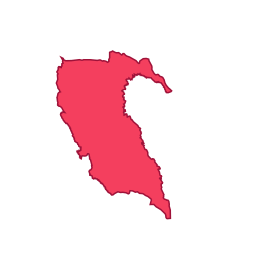 Wang Sam Mo, Udon Thani, Thailand, rotated 321°
{"feature_id": "78962969B45411926077812", "entity_name": "Wang Sam Mo", "entity_type": "district", "adm_level": 2, "iso_a3": "THA", "parent_name": "Thailand", "parent_adm1": "Udon Thani", "projection": "equal_earth", "projection_center": [103.422, 17.016], "detail": "fine", "context": "isolated", "style": "filled", "palette": "rose", "viewbox_px": 256, "rotation_deg": 321, "n_neighbors": 0, "source": "geoboundaries", "source_scale": "gbopen_adm2", "svg_char_len": 5763}
<svg xmlns="http://www.w3.org/2000/svg" viewBox="0 0 256 256"><g transform="rotate(321 128 128)"><path d="M87.7,66.2L88.1,67.7L88.8,68.3L89.2,69.8L89.2,71.1L88.6,74.0L88.6,76.1L87.2,74.4L86.4,74.2L85.7,74.8L85.1,74.2L84.0,75.1L83.5,76.5L83.6,77.3L83.0,78.5L83.0,80.3L82.6,81.3L82.7,82.6L82.5,83.2L82.8,84.5L82.6,85.3L83.3,85.8L83.3,86.4L83.6,86.4L83.5,88.1L83.2,88.5L83.5,89.1L83.1,90.1L83.4,90.8L82.7,91.5L83.1,92.1L82.4,92.9L82.2,93.7L82.2,94.7L81.9,94.7L81.7,96.1L81.3,96.5L81.3,98.3L79.9,99.1L80.1,100.8L79.9,100.8L79.6,101.8L79.8,102.3L79.0,103.0L78.8,104.3L78.3,104.9L79.0,107.2L79.4,107.7L78.7,109.1L79.0,109.8L78.3,111.2L78.5,112.2L78.9,112.3L78.8,113.7L79.0,113.7L78.2,114.6L77.7,114.4L77.7,115.1L77.3,115.6L76.0,115.4L76.0,115.0L75.7,114.6L75.3,115.2L74.9,115.3L74.3,114.8L74.2,114.3L73.9,114.6L73.6,114.2L73.3,115.0L73.5,115.1L73.3,115.6L73.5,115.8L73.6,116.7L73.2,116.7L73.0,117.2L73.3,118.2L73.0,119.4L73.2,119.7L72.6,119.8L72.7,120.2L72.1,120.3L72.2,121.0L71.8,121.4L72.3,122.5L74.0,121.0L75.0,120.9L76.6,122.4L77.8,123.2L79.1,123.3L80.4,122.6L81.1,123.2L81.2,123.7L79.3,127.3L78.7,127.8L78.8,129.2L76.4,134.5L76.0,134.4L75.1,136.1L74.0,136.8L72.6,137.1L71.7,136.7L70.5,137.1L69.7,138.9L69.4,140.2L68.9,140.2L68.6,140.6L69.8,142.2L69.7,143.0L69.2,143.9L69.3,144.1L68.8,144.6L69.3,146.0L69.9,145.9L70.4,146.5L70.7,146.2L71.0,146.5L71.1,147.2L71.8,148.0L71.7,148.8L72.0,148.7L72.0,149.5L72.4,149.7L72.2,150.2L72.5,150.4L72.1,151.0L72.3,151.8L72.6,152.0L72.3,153.1L72.5,153.3L72.2,153.6L72.5,153.9L72.6,154.6L72.9,154.5L73.2,155.0L73.0,156.0L73.0,157.3L72.8,157.7L72.9,158.4L72.6,158.8L73.1,159.6L72.9,159.8L72.8,160.5L72.2,160.8L72.3,161.2L72.1,161.7L72.3,161.9L72.2,163.6L72.5,164.2L72.2,164.5L72.3,165.0L72.1,165.5L73.3,168.1L73.0,168.9L73.2,169.9L74.3,170.5L76.4,170.5L80.0,171.2L81.5,173.3L83.5,174.7L85.8,177.2L86.7,179.2L87.1,179.5L88.0,179.5L90.1,178.0L92.0,179.8L93.3,182.5L95.2,183.5L95.8,186.0L97.9,188.0L98.5,188.9L99.1,191.3L100.4,193.8L101.2,197.6L100.9,198.6L100.4,199.0L97.1,201.4L100.0,203.7L100.3,206.9L102.2,212.2L102.9,218.1L102.5,219.5L101.3,221.3L101.1,222.5L101.4,223.1L104.1,224.9L109.2,218.4L110.9,214.5L112.1,213.2L113.6,210.6L113.6,209.2L112.7,208.5L112.4,207.4L111.5,206.3L111.4,204.8L111.6,204.3L112.4,204.0L112.9,203.0L113.9,202.5L115.4,196.5L116.0,195.8L117.0,195.3L117.3,194.0L118.6,192.4L119.8,192.7L120.5,192.2L121.0,187.0L121.3,187.0L122.0,188.2L122.6,187.2L123.7,186.7L123.8,186.1L123.3,185.4L123.2,184.7L124.7,182.0L125.3,179.1L125.7,179.0L126.9,180.0L127.6,179.6L127.8,177.7L126.6,175.8L127.4,174.9L127.4,171.3L128.2,170.5L128.5,168.4L127.8,167.4L126.9,167.4L126.4,166.3L126.1,162.6L126.5,161.3L128.0,159.4L128.6,157.1L128.5,156.2L127.8,155.5L127.8,154.9L128.7,152.1L129.6,151.7L128.9,150.8L129.2,150.1L128.7,149.1L128.9,148.8L129.3,148.8L130.1,149.2L130.3,149.9L130.7,149.9L130.7,149.1L130.0,148.1L131.2,148.0L131.6,146.9L131.4,145.7L131.7,144.3L131.3,143.3L132.5,143.1L132.9,141.5L135.2,140.3L135.2,139.4L135.7,139.0L135.8,137.3L136.0,136.9L137.3,136.4L137.4,136.0L136.7,134.0L137.2,132.3L136.1,126.5L136.3,124.0L135.9,123.8L135.8,123.2L136.8,120.7L136.9,119.9L136.3,119.5L134.4,119.0L135.8,116.6L135.4,115.7L134.0,115.8L133.1,115.5L134.3,113.9L134.5,112.9L135.3,112.5L136.0,113.3L136.5,113.4L137.2,112.1L136.2,111.4L137.3,109.7L137.3,108.6L137.9,108.6L138.4,109.2L139.2,108.9L139.7,106.7L140.6,107.1L143.1,105.6L142.4,103.3L143.2,103.0L143.4,102.2L144.3,101.6L144.3,101.3L143.5,100.8L143.6,100.3L144.0,99.7L145.8,99.2L146.4,99.5L146.7,99.3L146.7,98.4L147.2,97.5L146.6,95.6L146.9,95.1L149.8,95.7L150.3,96.3L151.0,95.6L151.0,94.2L151.4,94.0L151.5,93.1L152.2,92.9L153.0,93.6L154.1,93.0L154.3,93.2L154.1,93.8L155.2,94.2L155.3,93.7L155.8,93.4L156.0,94.2L156.2,93.0L155.9,92.8L156.7,91.8L156.4,90.4L156.9,90.1L156.9,89.3L157.2,89.2L157.7,89.2L159.6,90.5L160.2,89.9L160.4,91.1L160.3,92.3L161.1,92.4L161.6,92.9L162.3,92.0L163.5,92.0L163.9,91.5L164.3,91.6L164.5,90.4L164.8,90.0L165.2,91.3L164.9,91.4L164.9,92.2L165.5,92.3L165.8,91.9L166.0,92.2L165.8,91.3L166.2,91.2L166.8,90.2L167.5,91.8L168.2,91.9L168.1,92.6L169.4,92.8L169.8,92.3L170.4,93.5L171.4,93.3L171.1,94.1L171.5,93.9L171.7,94.6L171.4,95.0L171.6,95.7L172.7,96.5L172.6,97.2L173.5,98.0L173.3,98.9L174.1,99.5L173.7,100.1L173.8,100.7L175.1,101.0L175.5,101.7L176.1,101.9L176.6,102.8L177.5,103.4L177.5,106.0L177.8,107.1L177.9,109.0L179.0,110.8L179.6,110.5L179.8,111.0L180.4,111.0L180.4,111.5L180.8,111.4L181.5,113.1L182.2,113.9L181.9,117.0L182.1,117.5L181.9,117.9L181.8,119.2L181.5,119.1L181.6,119.7L180.9,121.4L181.0,122.0L180.3,123.0L180.5,123.8L180.2,124.0L180.1,124.6L181.4,125.8L184.3,126.8L185.3,126.6L184.9,123.5L184.6,122.6L184.6,118.7L185.1,116.1L186.4,113.2L186.8,110.7L186.5,109.7L185.3,107.8L185.2,105.6L184.9,105.1L183.1,104.2L182.7,103.2L182.6,101.9L183.3,97.6L184.9,95.8L185.5,94.7L186.6,89.0L187.4,87.5L185.9,85.4L183.4,83.7L179.5,83.4L178.7,83.8L177.8,84.8L177.1,84.7L176.7,83.6L176.6,80.7L173.9,73.9L172.3,71.3L171.9,70.2L171.7,67.7L170.9,67.0L169.4,67.4L169.0,67.2L168.2,63.6L166.4,62.3L165.5,61.0L164.5,58.5L162.6,58.2L162.0,57.7L161.3,57.7L157.9,61.9L156.2,62.7L155.0,64.2L153.5,64.1L152.9,62.3L151.4,60.4L150.5,60.2L149.1,57.5L146.6,56.1L141.5,51.1L136.6,47.1L134.9,46.4L133.3,44.4L126.4,40.0L122.0,36.6L121.0,34.9L121.4,33.1L120.5,31.1L120.0,34.3L119.1,35.0L118.2,36.8L117.4,36.5L116.8,36.6L116.1,37.8L115.7,37.9L115.5,38.3L114.7,38.4L114.2,39.0L113.7,38.4L113.8,37.6L112.8,36.8L112.3,37.3L111.9,37.1L111.8,37.5L110.9,38.3L110.7,38.2L110.2,38.9L108.2,39.5L107.9,40.0L107.7,41.9L106.6,42.2L104.0,46.0L100.6,48.0L99.5,51.4L98.6,53.0L98.6,55.3L98.0,56.7L98.1,57.3L96.7,56.9L95.4,57.1L92.4,59.5L92.1,59.5L91.6,60.7L91.2,60.8L90.9,61.8L90.2,62.4L89.7,63.9L88.2,65.3L88.2,66.0L87.7,66.2Z" fill="#f43f5e" stroke="#9f1239" stroke-width="1.5"/></g></svg>